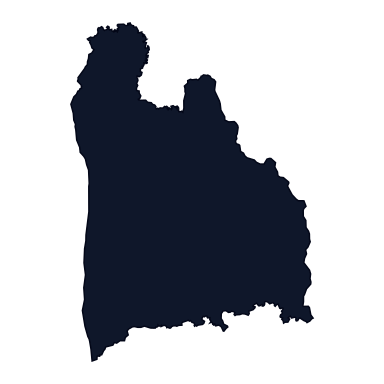 outline of Pa Daet, Chiang Rai, Thailand
{"feature_id": "78962969B68909645293993", "entity_name": "Pa Daet", "entity_type": "district", "adm_level": 2, "iso_a3": "THA", "parent_name": "Thailand", "parent_adm1": "Chiang Rai", "projection": "orthographic", "projection_center": [99.975, 19.516], "detail": "fine", "context": "isolated", "style": "filled", "palette": "ink", "viewbox_px": 384, "rotation_deg": 0, "n_neighbors": 0, "source": "geoboundaries", "source_scale": "gbopen_adm2", "svg_char_len": 5877}
<svg xmlns="http://www.w3.org/2000/svg" viewBox="0 0 384 384"><path d="M303.9,200.8L298.2,200.7L296.1,199.1L292.1,194.8L287.8,186.8L287.7,185.4L288.8,183.1L288.7,182.1L283.4,177.6L279.9,177.2L277.9,175.7L277.5,172.0L274.8,167.0L275.5,162.6L270.9,158.5L269.4,158.4L267.0,159.1L264.0,164.1L260.2,164.1L256.4,162.3L254.3,160.0L247.0,157.8L244.8,155.8L243.5,153.1L240.6,151.5L239.7,145.4L238.9,144.6L236.4,143.8L235.6,142.1L235.7,140.4L236.8,138.8L236.2,135.8L237.2,133.9L238.1,127.5L237.7,125.6L235.9,123.0L234.3,121.6L228.7,121.9L224.8,120.1L224.7,116.8L220.9,110.1L220.2,103.8L219.4,100.9L214.9,91.4L214.6,89.8L215.6,81.8L214.1,79.7L211.3,78.5L210.1,76.3L207.8,75.1L207.4,75.5L203.5,74.9L202.0,76.1L201.2,76.2L200.7,77.5L197.9,80.2L196.5,79.3L192.2,79.8L190.4,79.3L187.7,80.6L187.8,83.1L184.4,86.1L185.0,88.5L185.0,91.7L185.6,93.4L183.8,100.6L183.9,108.1L182.8,112.3L181.7,111.2L180.7,111.7L178.8,111.6L178.7,110.6L177.5,109.9L178.7,109.0L177.7,108.3L178.4,107.4L177.2,106.1L175.9,106.6L177.0,107.7L176.6,108.2L173.1,105.7L171.0,106.3L171.5,107.8L172.3,108.1L171.4,109.6L169.3,108.0L168.8,109.3L168.1,109.8L167.1,108.7L167.9,108.0L167.9,107.4L166.7,106.3L165.7,106.9L164.7,106.4L162.6,108.2L160.6,107.9L159.3,108.2L158.6,109.1L157.6,108.3L156.3,109.0L155.6,107.6L155.9,106.6L154.7,105.0L152.6,104.4L151.3,102.7L147.6,102.3L145.7,100.2L140.3,100.3L138.5,99.8L138.3,99.2L139.8,98.4L140.8,95.9L139.2,93.2L139.1,91.0L137.0,90.7L136.5,89.9L136.5,87.9L137.7,85.4L136.6,83.4L137.9,80.6L137.7,79.0L136.9,77.5L137.0,76.1L137.7,75.9L138.7,76.7L139.4,76.6L141.3,75.1L142.0,72.4L140.4,71.6L140.4,68.8L142.5,68.1L142.7,67.3L142.2,66.3L143.2,66.2L143.8,65.1L143.8,63.1L144.8,63.7L145.3,62.5L146.5,63.4L147.2,63.0L147.2,62.4L145.6,60.5L147.3,60.4L147.4,59.9L146.0,58.8L145.9,58.2L147.7,57.7L148.2,55.4L147.7,55.2L146.3,56.2L145.9,55.9L146.6,53.6L148.3,52.5L147.9,51.2L149.2,49.7L148.9,47.1L147.9,45.8L147.5,46.0L147.8,47.8L145.8,48.1L145.2,47.8L145.4,45.7L146.4,42.7L144.9,42.0L143.6,42.5L143.0,41.4L144.2,41.2L146.8,39.2L145.6,38.9L145.8,37.5L144.9,36.1L144.2,35.8L143.5,36.6L142.7,36.6L142.7,35.3L144.3,35.5L144.5,35.1L141.8,33.2L141.8,32.0L138.1,33.0L137.8,32.4L138.4,31.0L136.3,27.1L133.6,27.0L133.5,25.7L132.4,25.6L130.8,24.6L130.2,23.0L127.8,23.5L127.7,24.1L128.8,24.8L126.7,25.6L125.6,25.6L123.8,24.2L118.0,24.4L117.4,24.9L117.3,25.8L119.1,27.4L118.2,27.9L118.2,28.9L117.4,28.8L117.4,29.8L116.5,30.3L117.9,30.7L117.3,32.0L114.9,29.7L113.9,30.7L114.7,31.5L113.7,31.9L111.9,30.8L111.7,29.4L109.4,29.9L108.8,29.1L109.2,28.0L108.9,26.8L107.7,26.2L106.6,27.3L107.8,28.5L107.6,29.2L104.4,30.5L102.5,27.9L102.7,27.5L101.5,26.7L99.5,28.2L98.9,27.7L98.0,28.3L97.6,29.9L98.3,33.0L97.8,33.1L97.8,33.8L97.1,34.3L96.6,35.5L94.8,35.9L93.9,37.3L92.0,37.5L90.6,37.1L87.4,39.0L88.6,40.4L90.3,41.0L89.7,42.5L91.0,44.7L92.0,48.0L94.0,49.6L91.7,53.1L88.9,54.5L88.5,58.5L87.5,61.7L87.4,64.6L85.3,67.0L84.7,68.5L78.0,77.7L78.3,79.5L77.7,80.2L77.6,81.3L81.2,85.0L81.3,86.1L81.7,86.4L81.3,87.4L81.5,88.3L79.9,88.9L79.2,90.7L77.9,91.1L76.5,94.3L73.9,96.8L70.9,104.2L73.3,113.3L73.8,120.1L75.5,124.2L75.1,126.7L75.8,129.7L76.7,140.0L79.7,147.3L80.2,152.3L83.8,156.3L85.4,158.9L86.7,164.7L88.6,170.0L89.2,183.5L88.8,186.4L88.9,211.7L86.0,235.0L85.9,240.8L84.6,248.7L84.0,262.9L85.5,274.9L83.8,287.7L84.6,299.6L82.4,310.5L85.0,326.3L87.9,336.6L89.1,338.9L89.7,341.4L91.0,349.2L92.1,361.0L96.9,359.3L97.1,356.2L97.4,356.0L99.6,356.2L99.9,355.9L99.7,355.0L101.7,354.8L103.6,350.7L104.9,349.2L105.5,347.3L106.2,346.8L112.9,345.1L114.3,342.5L116.7,343.1L120.0,340.7L124.5,340.7L125.3,337.5L128.2,335.0L127.1,331.1L128.5,329.1L132.5,326.8L134.7,326.6L137.7,327.3L141.0,327.3L144.4,326.1L150.5,328.0L153.9,328.1L155.4,328.0L155.7,327.0L156.9,327.1L158.0,326.2L158.1,325.3L158.6,326.0L160.8,326.1L161.5,325.2L161.9,325.5L161.6,326.3L163.4,325.5L165.2,325.4L166.5,326.6L166.8,327.6L167.3,327.3L170.0,328.2L171.0,327.6L171.6,326.6L173.8,325.7L175.4,325.9L175.9,325.4L176.7,326.2L177.7,325.9L177.9,325.4L181.9,325.2L181.8,323.0L182.2,322.4L188.3,320.3L189.4,321.1L190.5,320.6L192.0,322.4L193.8,322.8L194.7,324.4L194.2,325.5L194.6,326.2L195.6,325.4L196.7,326.1L197.8,325.2L202.6,324.4L203.9,323.2L204.5,321.3L202.1,319.8L201.9,318.6L203.1,316.3L204.4,316.8L205.7,315.9L207.3,316.4L207.2,317.4L207.6,317.9L209.9,317.7L209.8,319.6L211.1,321.4L210.2,322.7L211.3,322.2L212.2,322.5L212.7,324.2L214.3,324.0L214.0,324.8L215.0,324.4L215.2,325.5L215.7,325.9L218.5,325.1L220.5,326.1L221.5,327.2L223.2,331.0L223.9,331.2L226.1,328.4L227.8,327.0L227.4,326.0L223.6,324.1L222.7,321.0L221.1,318.5L221.3,313.6L223.2,310.9L226.1,310.7L228.4,312.4L230.2,312.2L231.7,311.2L233.9,311.8L234.9,312.6L234.1,314.5L235.0,315.5L236.1,314.8L239.8,314.6L242.3,313.7L245.1,314.0L248.2,315.2L249.2,313.7L248.8,311.2L253.1,309.7L255.0,307.7L255.0,306.7L253.0,306.5L253.4,305.1L256.5,303.2L258.7,305.8L259.7,305.8L262.1,304.4L262.6,304.9L262.3,306.0L263.1,306.1L264.2,305.3L264.7,304.0L264.5,302.3L265.7,301.4L267.6,301.9L269.7,303.8L272.2,302.8L273.4,303.0L274.5,304.0L274.4,305.6L275.2,306.3L276.6,304.6L278.0,304.1L279.8,308.3L280.4,308.6L282.0,308.0L282.9,308.2L283.0,309.4L281.5,311.2L282.2,312.3L282.3,313.6L280.7,314.7L280.1,316.2L280.3,317.1L282.6,318.0L281.8,319.3L283.1,320.6L283.6,323.1L285.0,322.2L287.9,322.1L289.6,319.1L288.1,317.9L290.4,316.2L291.6,318.0L294.8,317.2L295.6,317.5L296.0,318.2L295.8,320.0L296.3,320.9L297.7,320.6L299.0,318.3L300.0,318.0L303.9,320.6L306.3,321.6L307.0,322.6L309.9,321.0L311.7,318.8L313.1,318.1L310.8,314.9L309.4,307.6L308.3,306.3L303.3,306.4L302.9,305.5L303.5,301.7L303.5,296.2L304.6,294.2L306.5,288.9L310.7,284.1L310.9,282.0L310.0,278.6L310.6,273.9L309.5,270.2L303.8,262.7L304.5,258.4L306.5,253.9L305.6,249.7L307.9,247.1L310.2,241.8L309.5,239.1L309.4,233.9L308.5,231.2L306.0,227.5L305.8,220.4L303.3,216.4L303.2,210.4L303.8,208.6L306.0,206.3L303.9,200.8Z" fill="#0f172a" stroke="#020617" stroke-width="1.5"/></svg>